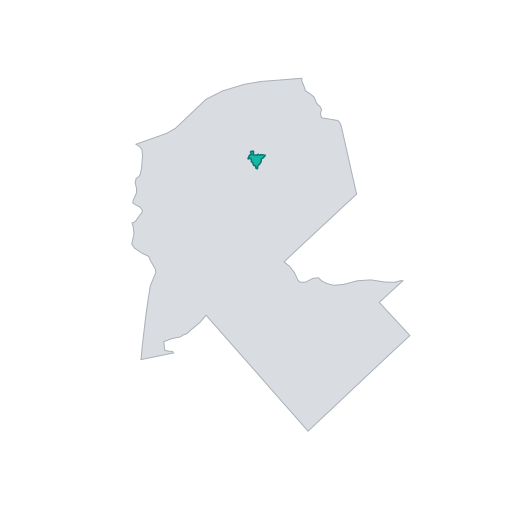 location of Chichicastenango, Quiché, Guatemala, rotated 137°
{"feature_id": "79465075B12794992131800", "entity_name": "Chichicastenango", "entity_type": "district", "adm_level": 2, "iso_a3": "GTM", "parent_name": "Guatemala", "parent_adm1": "Quiché", "projection": "albers", "projection_center": [-91.088, 14.889], "detail": "fine", "context": "in_parent", "style": "filled", "palette": "teal", "viewbox_px": 512, "rotation_deg": 137, "n_neighbors": 0, "source": "geoboundaries", "source_scale": "gbopen_adm2", "svg_char_len": 3323}
<svg xmlns="http://www.w3.org/2000/svg" viewBox="0 0 512 512"><g transform="rotate(137 256 256)"><path d="M101.2,354.7L103.2,352.7L104.9,348.0L107.1,343.1L105.8,337.5L105.1,332.9L107.5,326.2L107.3,321.3L108.4,318.2L111.9,316.2L113.8,312.4L103.8,299.3L103.8,296.3L105.2,292.6L113.4,278.6L123.1,262.0L133.8,243.7L140.2,232.7L163.5,232.7L178.9,232.7L198.5,232.7L219.8,232.7L233.8,232.6L239.5,232.5L238.5,225.3L239.3,217.4L241.8,210.1L241.8,207.0L237.6,203.1L229.6,200.8L225.1,197.4L225.0,193.1L223.1,187.8L219.2,181.6L211.1,175.3L198.8,168.8L188.3,160.2L179.7,149.3L172.5,142.2L166.9,139.3L165.5,137.7L181.9,137.9L197.5,138.0L197.6,122.4L197.6,108.5L197.7,92.9L225.8,92.9L259.3,92.8L294.0,92.6L321.3,92.5L337.4,92.4L336.8,111.8L336.2,134.3L335.7,150.8L335.0,172.9L334.4,195.5L333.5,226.3L332.9,246.2L333.2,246.7L342.4,245.7L356.0,246.4L359.3,246.3L363.5,248.0L366.7,248.5L373.7,252.9L381.9,256.2L387.0,249.3L384.2,245.2L382.1,243.1L382.4,241.3L410.8,258.7L407.5,261.5L400.4,267.9L387.5,278.8L376.0,288.6L364.8,297.5L354.7,305.5L353.6,306.3L340.8,312.1L338.6,314.7L336.0,325.9L334.7,328.7L337.1,334.8L339.5,344.4L338.8,349.4L329.9,355.6L325.9,361.2L324.1,364.8L322.5,363.9L319.8,363.7L313.4,365.1L310.3,365.4L307.8,367.0L307.5,370.5L309.3,376.1L309.9,378.9L308.1,380.3L300.3,383.7L297.2,387.0L294.3,392.2L290.8,394.4L287.2,394.0L284.7,394.8L279.3,398.7L271.1,406.2L266.7,411.8L266.6,415.9L267.5,419.6L237.6,406.6L227.6,404.3L185.7,404.7L167.7,399.5L147.2,389.4L133.4,380.3L101.2,354.7Z" fill="#d9dde1" stroke="#a8b0b8" stroke-width="1"/><path d="M186.9,322.5L186.3,323.0L185.7,323.3L185.1,323.2L184.6,323.0L184.4,322.9L184.1,323.0L183.6,323.0L183.1,323.1L182.7,323.0L182.1,323.0L181.4,323.0L180.7,323.4L180.6,323.5L180.8,323.7L181.1,324.1L182.2,325.6L182.7,326.1L183.3,326.8L183.7,326.9L184.4,327.0L184.6,327.1L184.8,327.6L184.9,327.9L184.8,328.6L185.3,329.0L185.5,329.1L185.9,329.2L186.2,329.0L186.5,328.9L186.8,329.2L187.0,329.6L187.2,329.9L187.5,330.2L187.7,330.4L188.8,331.3L189.0,331.7L189.1,332.1L188.9,332.4L188.0,332.6L187.8,332.7L187.7,332.8L187.4,333.1L187.2,333.5L186.9,334.0L186.5,334.1L186.4,334.4L186.6,334.7L186.8,334.9L187.0,335.0L187.3,335.2L187.6,335.5L187.9,335.7L188.4,335.9L188.5,335.9L188.8,335.9L189.0,335.9L189.2,335.6L189.3,335.1L189.4,334.9L189.5,334.7L189.9,334.0L190.0,333.9L190.1,333.7L190.4,333.4L190.5,333.4L190.8,333.7L191.2,334.0L191.4,334.1L191.5,334.0L192.6,333.9L193.1,333.8L193.6,333.6L194.5,333.1L195.0,332.8L195.4,332.7L195.5,332.5L195.4,332.3L195.3,332.1L195.2,332.0L195.0,331.9L194.3,332.1L194.2,332.1L193.9,331.9L193.7,331.6L193.6,331.4L193.5,331.1L193.5,330.8L193.7,329.9L193.8,329.6L194.0,329.4L194.4,328.7L194.6,328.6L195.1,328.1L195.0,327.8L194.9,327.2L194.9,326.6L194.7,326.2L194.8,325.8L195.2,325.4L195.3,325.1L195.7,324.6L195.8,324.1L195.9,323.9L195.7,323.8L195.6,323.6L195.4,323.3L195.3,323.1L195.2,322.9L195.1,322.4L195.2,322.0L195.2,321.9L195.3,321.5L195.4,321.4L195.5,321.2L195.8,320.8L196.1,320.6L196.1,320.2L195.9,319.9L195.9,319.3L195.8,319.2L195.6,319.0L195.1,319.0L194.8,319.3L194.5,319.5L194.4,319.7L194.4,319.8L194.0,320.2L193.8,320.4L193.5,320.5L192.7,320.7L191.9,320.8L191.4,320.8L190.5,320.8L189.7,320.9L189.5,321.0L188.8,321.2L188.2,321.4L188.0,321.5L187.4,321.9L187.3,322.1L187.0,322.3L186.9,322.5Z" fill="#14b8a6" stroke="#0f766e" stroke-width="1.5"/></g></svg>